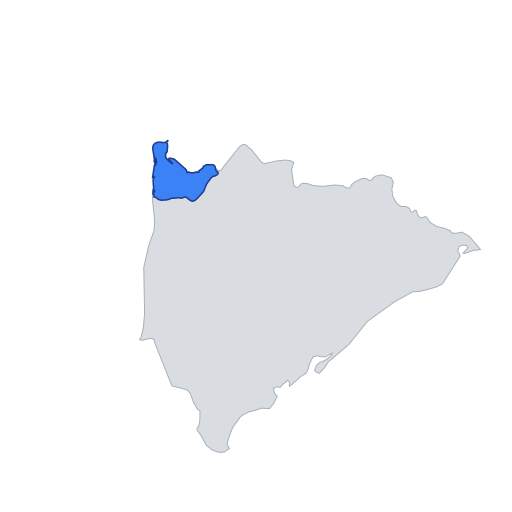 where Chinandega sits in Nicaragua, rotated 46°
{"feature_id": "NIC-663", "entity_name": "Chinandega", "entity_type": "Department", "adm_level": 1, "iso_a3": "NIC", "parent_name": "Nicaragua", "parent_adm1": "", "projection": "natural_earth1", "projection_center": [-87.139, 12.876], "detail": "fine", "context": "in_parent", "style": "filled", "palette": "blue", "viewbox_px": 512, "rotation_deg": 46, "n_neighbors": 0, "source": "natural_earth", "source_scale": "10m", "svg_char_len": 4096}
<svg xmlns="http://www.w3.org/2000/svg" viewBox="0 0 512 512"><g transform="rotate(46 256 256)"><path d="M407.2,90.0L405.4,92.9L403.4,94.8L399.1,104.2L397.7,105.0L397.3,98.1L394.8,97.2L391.8,99.6L390.2,103.2L392.8,107.8L395.1,107.9L397.9,109.1L405.5,141.2L403.9,146.9L399.3,155.8L394.9,163.3L390.6,168.0L385.2,188.2L380.4,221.0L384.1,250.4L382.4,277.6L383.9,284.0L384.4,292.0L380.8,293.5L378.8,293.2L376.6,288.3L376.9,284.0L379.0,278.9L379.9,272.1L378.8,268.5L376.7,276.3L373.0,279.8L370.5,281.0L368.1,285.0L370.7,292.4L374.0,297.9L375.1,301.8L373.9,306.4L373.2,322.3L372.0,321.9L370.8,319.8L367.4,319.6L367.0,326.0L367.3,329.6L364.3,332.3L363.3,335.1L365.7,337.1L368.4,338.2L371.6,338.0L374.3,345.8L375.2,352.2L369.0,358.1L366.9,363.0L363.4,369.0L361.4,374.8L360.8,379.0L363.3,392.2L367.6,401.6L371.2,407.6L376.0,408.9L374.9,415.2L371.3,419.2L364.7,422.5L357.5,423.1L345.6,420.0L340.8,419.6L338.9,417.9L338.3,414.8L334.9,410.2L328.6,404.0L325.0,404.4L319.2,403.1L309.4,398.9L304.9,398.4L298.5,402.0L291.0,406.7L272.9,399.3L260.2,394.1L248.7,389.4L245.7,387.6L243.2,388.0L241.0,390.5L238.6,394.8L237.8,396.1L236.4,397.3L235.0,397.6L234.9,395.5L229.3,386.9L220.4,376.5L186.3,344.7L173.8,325.7L167.1,312.0L160.7,304.9L142.3,290.3L138.1,284.5L119.9,265.0L106.0,253.6L105.8,248.7L111.5,242.6L114.3,242.9L117.3,247.3L122.3,252.2L124.6,252.2L128.0,249.9L128.1,247.6L146.7,246.7L150.1,245.4L153.4,241.8L155.2,236.8L155.4,232.0L156.2,228.5L159.1,225.2L164.6,224.1L168.8,223.8L170.0,221.5L168.8,214.2L166.5,196.3L166.0,191.4L166.8,187.6L168.5,186.3L176.7,185.4L192.3,186.9L195.4,185.8L201.6,175.6L207.4,168.2L211.6,164.9L214.8,163.8L218.6,170.5L231.8,179.9L234.0,179.4L235.3,178.8L235.8,177.5L235.5,173.1L238.8,169.1L245.6,165.6L252.5,159.3L259.4,150.3L265.4,144.9L270.4,143.4L272.3,140.9L271.1,137.6L271.5,132.8L273.5,126.7L276.5,123.1L280.3,122.1L281.8,120.2L281.0,117.3L281.8,114.1L285.2,108.9L293.6,104.4L298.3,105.9L302.3,111.9L307.9,116.0L315.2,118.2L320.8,117.4L324.8,113.6L328.4,112.5L331.6,114.0L333.3,113.1L333.4,110.0L335.1,109.2L338.2,110.9L341.0,111.4L343.4,110.6L344.3,109.0L344.8,107.4L346.6,106.2L352.9,107.4L359.9,105.6L367.7,100.8L372.8,98.6L375.4,99.2L378.4,96.7L381.9,91.3L390.0,88.9L407.2,90.0Z" fill="#d9dde1" stroke="#a8b0b8" stroke-width="1"/><path d="M167.5,225.6L168.1,225.4L168.6,225.0L169.9,225.5L170.3,225.8L170.5,226.5L170.6,227.0L170.5,227.5L170.4,227.9L170.4,228.1L169.8,230.3L169.1,231.1L168.8,231.9L168.6,234.3L169.4,239.0L170.0,241.6L171.5,245.3L172.4,247.0L173.2,249.2L173.8,258.7L173.6,261.1L172.8,263.3L171.6,264.2L171.1,264.4L170.1,264.7L165.3,265.4L164.5,265.9L164.1,266.4L163.1,268.5L161.9,270.2L160.5,270.9L158.9,273.0L157.2,275.1L155.9,276.5L155.6,277.0L155.1,278.5L153.8,281.0L150.3,285.2L149.7,285.6L148.5,286.4L147.4,287.0L144.1,287.4L142.6,288.4L142.5,288.2L141.6,287.4L140.7,287.1L140.1,286.6L138.6,283.3L138.2,283.3L138.9,286.2L137.8,285.1L136.0,282.6L134.7,281.2L133.9,280.8L129.7,277.1L129.2,276.4L128.9,275.6L128.5,274.3L128.3,274.7L127.8,275.4L127.6,275.8L120.2,266.1L119.4,264.0L119.6,264.4L119.9,264.6L120.7,265.1L120.7,264.6L120.4,264.5L119.8,264.0L119.8,263.5L119.7,262.7L118.5,261.7L117.0,260.7L115.7,260.3L115.7,260.8L117.4,262.2L118.4,263.1L118.4,264.0L117.7,263.9L116.7,263.0L115.2,261.4L107.4,256.0L105.8,254.4L104.8,252.4L104.8,250.1L106.0,247.4L107.9,245.5L109.8,244.1L111.3,242.4L111.6,239.4L112.0,239.4L111.8,241.1L111.6,241.5L112.4,241.5L113.3,241.7L114.0,241.9L114.3,242.3L114.7,242.5L116.4,244.2L116.8,244.5L118.0,246.3L118.3,246.6L119.1,247.2L119.4,247.4L119.4,247.9L119.3,249.1L119.4,249.6L121.6,252.1L124.4,252.8L131.3,252.3L131.3,251.7L127.8,251.8L126.1,251.6L125.3,250.9L126.0,249.7L129.2,247.8L129.7,247.5L145.0,246.3L146.0,246.5L147.5,247.5L148.3,247.6L148.7,246.3L150.1,245.5L151.8,244.3L152.6,243.4L154.1,240.6L154.5,240.2L155.5,239.7L155.8,239.3L156.0,238.5L155.8,238.2L155.4,238.0L155.2,237.5L155.8,233.4L155.7,233.2L155.2,232.0L155.0,231.5L155.2,231.3L155.6,229.1L156.1,228.0L156.7,227.3L159.9,224.1L160.8,223.4L161.8,223.1L163.0,223.2L166.8,225.4L167.5,225.6Z" fill="#3b82f6" stroke="#1e3a8a" stroke-width="1.5"/></g></svg>